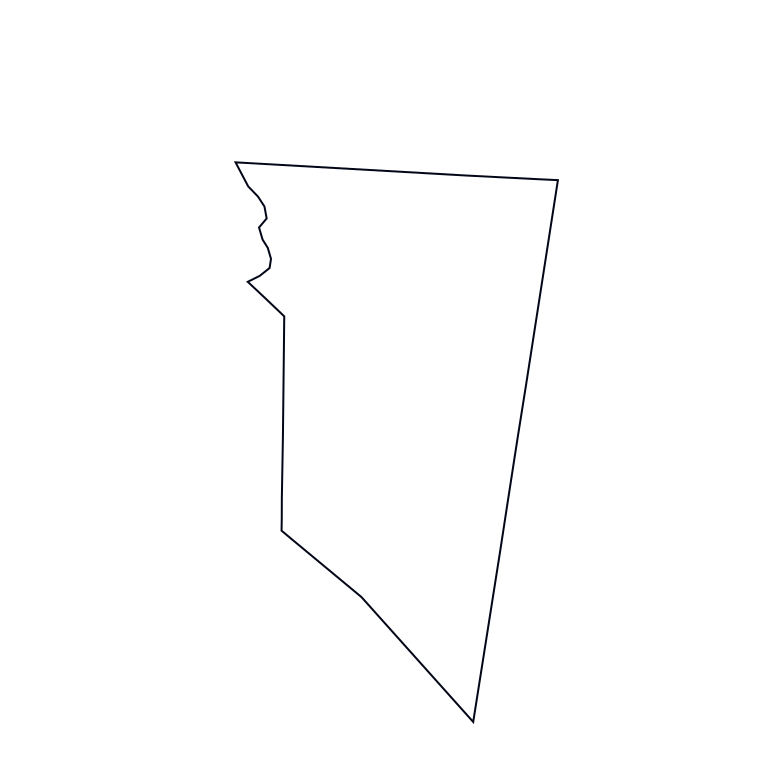 the district of Severiano Melo, Rio Grande do Norte, Brazil, rotated 117°
{"feature_id": "56859067B49050380143436", "entity_name": "Severiano Melo", "entity_type": "district", "adm_level": 2, "iso_a3": "BRA", "parent_name": "Brazil", "parent_adm1": "Rio Grande do Norte", "projection": "albers", "projection_center": [-37.976, -5.776], "detail": "fine", "context": "isolated", "style": "outline", "palette": "ink", "viewbox_px": 768, "rotation_deg": 117, "n_neighbors": 0, "source": "geoboundaries", "source_scale": "gbopen_adm2", "svg_char_len": 526}
<svg xmlns="http://www.w3.org/2000/svg" viewBox="0 0 768 768"><g transform="rotate(117 384 384)"><path d="M123.4,321.6L132.2,341.1L161.1,405.8L253.9,616.9L269.6,594.7L274.2,581.4L280.1,571.1L289.8,563.7L301.3,566.4L310.5,557.7L315.5,549.3L323.8,541.5L332.6,538.6L344.0,543.8L354.8,551.8L361.3,529.4L369.0,503.6L476.3,450.4L532.5,423.0L550.1,414.1L561.2,408.7L564.3,395.2L580.8,321.9L584.1,307.3L644.6,151.1L477.8,205.4L438.5,218.4L371.3,240.5L321.6,256.6L123.4,321.6Z" fill="none" stroke="#020617" stroke-width="2"/></g></svg>